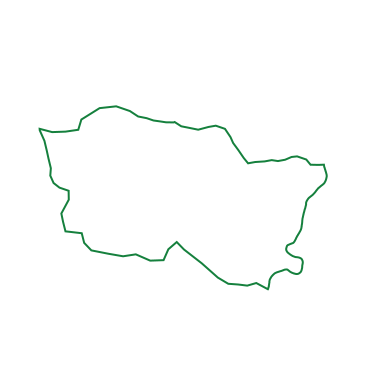 the district of Kyonghung, Hamgyŏng-bukto, North Korea, rotated 66°
{"feature_id": "82179303B15741079373395", "entity_name": "Kyonghung", "entity_type": "district", "adm_level": 2, "iso_a3": "PRK", "parent_name": "North Korea", "parent_adm1": "Hamgyŏng-bukto", "projection": "equal_earth", "projection_center": [130.331, 42.503], "detail": "fine", "context": "isolated", "style": "outline", "palette": "green", "viewbox_px": 384, "rotation_deg": 66, "n_neighbors": 0, "source": "geoboundaries", "source_scale": "gbopen_adm2", "svg_char_len": 5196}
<svg xmlns="http://www.w3.org/2000/svg" viewBox="0 0 384 384"><g transform="rotate(66 192 192)"><path d="M178.3,320.5L184.8,309.5L194.6,311.2L204.4,307.7L214.4,293.5L222.7,281.1L226.1,268.7L236.5,259.2L237.7,258.1L242.7,245.7L234.7,236.9L231.5,226.3L241.3,222.7L261.1,212.1L280.7,203.2L290.6,196.2L295.3,187.4L300.0,179.6L301.3,170.3L311.7,162.2L311.5,161.9L311.1,161.6L310.7,161.4L310.4,161.0L309.9,160.6L309.5,160.2L309.0,160.0L308.7,159.8L308.3,159.5L307.8,159.2L307.4,158.9L306.8,158.6L306.3,158.2L305.8,157.9L305.2,157.7L304.7,157.3L304.1,156.9L303.6,156.5L303.2,156.0L302.9,155.5L302.5,155.1L302.2,154.6L301.8,154.1L301.5,153.6L301.3,153.1L301.1,152.6L300.8,152.1L300.6,151.4L300.4,150.9L300.2,150.3L300.1,150.0L300.0,149.5L299.9,149.1L299.9,148.6L299.9,148.2L299.9,147.8L299.9,147.3L299.9,146.9L300.0,146.5L300.0,146.0L300.1,145.5L300.1,145.1L300.2,144.6L300.2,144.1L300.3,143.4L300.4,142.8L300.5,142.1L300.5,141.4L300.6,140.8L300.5,140.4L300.6,139.9L300.6,139.5L300.6,139.1L300.7,138.7L300.8,138.3L301.0,137.8L301.1,137.5L301.3,137.0L301.5,136.7L301.7,136.4L302.0,136.2L302.4,136.0L302.9,135.8L303.5,135.4L304.2,135.1L304.5,134.9L304.9,134.7L305.3,134.4L305.6,134.1L306.0,133.9L306.3,133.6L306.6,133.3L307.0,132.9L307.3,132.6L307.7,132.3L308.0,131.8L308.3,131.4L308.6,131.2L308.8,130.9L309.0,130.5L309.3,130.2L309.4,129.9L309.6,129.5L309.7,129.2L309.8,128.8L309.9,128.5L309.9,128.1L309.9,127.8L309.9,127.4L309.8,127.0L309.8,126.7L309.6,126.3L309.5,125.8L309.3,125.2L309.0,124.9L308.7,124.4L308.4,124.1L308.1,123.8L307.6,123.4L307.2,123.1L306.8,122.8L306.5,122.6L306.2,122.3L305.8,122.1L305.3,121.8L304.8,121.6L304.5,121.4L304.1,121.2L303.7,121.0L303.4,120.7L302.9,120.4L302.6,120.1L302.3,120.0L301.9,119.7L301.5,119.5L301.1,119.3L300.7,119.2L300.3,119.1L299.9,119.0L299.4,119.0L299.0,119.0L298.5,119.0L298.0,119.1L297.8,119.1L297.3,119.3L297.0,119.5L296.6,119.8L296.2,120.1L295.9,120.4L295.5,120.8L295.2,121.2L294.9,121.6L294.7,121.9L294.5,122.2L294.2,122.7L293.9,123.2L293.8,123.5L293.5,123.9L293.2,124.3L292.8,124.7L292.5,125.0L292.1,125.4L291.7,125.8L291.3,126.2L290.8,126.5L290.4,126.8L290.0,127.1L289.6,127.3L289.2,127.6L288.5,128.0L287.9,128.3L287.2,128.7L286.9,128.8L286.5,129.0L286.2,129.2L285.7,129.3L285.3,129.4L284.8,129.5L284.4,129.5L283.9,129.5L283.5,129.5L283.2,129.5L282.9,129.3L282.5,129.2L282.3,129.1L281.9,128.9L281.6,128.6L281.3,128.4L281.0,128.1L280.7,127.9L280.4,127.6L280.2,127.4L279.9,127.1L279.7,126.8L279.6,126.5L279.5,126.2L279.5,125.8L279.5,125.3L279.5,124.8L279.5,124.4L279.5,123.9L279.5,123.4L279.5,122.8L279.6,122.4L279.6,121.9L279.6,121.3L279.7,120.9L279.7,120.4L279.5,119.7L279.4,119.5L279.2,119.1L279.0,118.8L278.8,118.4L278.4,117.9L278.1,117.5L277.7,117.0L277.3,116.5L277.0,116.1L276.7,115.8L276.2,115.3L275.9,114.8L275.6,114.5L275.2,114.0L274.9,113.6L274.6,113.0L274.2,112.6L273.8,112.0L273.5,111.5L273.0,110.8L272.6,110.3L272.3,109.9L271.9,109.3L271.4,108.7L271.1,108.3L270.8,108.0L270.4,107.6L270.0,107.2L269.6,106.9L269.1,106.5L268.3,106.1L267.9,105.7L267.2,105.4L266.6,105.0L266.1,104.6L265.6,104.3L264.9,103.9L264.4,103.6L263.6,103.2L263.0,102.9L262.5,102.6L262.0,102.3L261.5,102.0L261.0,101.7L260.3,101.1L259.7,100.7L259.3,100.4L258.8,100.0L258.2,99.6L257.9,99.3L257.6,99.2L257.2,98.8L256.7,98.5L256.4,98.2L255.9,97.8L255.6,97.5L255.3,97.3L254.8,96.9L254.4,96.6L254.0,96.3L253.6,96.0L253.4,95.7L253.0,95.3L252.6,95.0L252.2,94.7L251.8,94.4L251.5,94.2L251.2,93.9L250.9,93.7L250.5,93.4L250.1,93.0L249.8,92.9L249.3,92.6L248.9,92.5L248.5,92.3L248.2,92.1L247.8,91.8L247.4,91.4L247.0,91.0L246.8,90.7L246.5,90.3L246.3,90.0L246.0,89.6L245.8,89.2L245.5,88.8L245.3,88.5L245.1,87.9L244.9,87.6L244.8,87.2L244.7,86.8L244.6,86.4L244.5,85.9L244.3,85.4L244.2,84.8L244.1,84.4L244.0,84.1L243.9,83.7L243.8,83.2L243.6,82.7L243.5,82.4L243.3,81.9L243.1,81.5L242.9,81.0L242.7,80.5L242.5,80.1L242.2,79.5L242.0,79.1L241.7,78.6L241.4,78.1L241.2,77.7L240.9,77.2L240.7,76.6L240.4,76.1L240.1,75.6L239.9,75.2L239.8,74.6L239.6,74.0L239.4,73.4L239.3,72.9L239.2,72.6L239.1,72.2L238.9,71.7L238.8,71.3L238.7,70.8L238.6,70.3L238.5,69.9L238.4,69.5L238.2,69.0L238.1,68.5L237.9,68.0L237.7,67.6L237.4,67.1L237.1,66.8L236.8,66.3L236.6,66.0L236.3,65.7L235.9,65.3L235.7,65.0L235.3,64.7L234.9,64.3L234.6,64.1L234.3,63.8L233.7,63.4L233.3,63.1L232.9,62.8L232.6,62.6L232.3,62.5L231.8,62.3L231.4,62.1L230.9,62.0L230.4,61.9L229.8,61.8L229.2,61.7L228.6,61.6L228.0,61.5L227.4,61.5L226.9,61.4L226.4,61.3L225.9,61.3L225.3,61.2L224.8,61.2L224.4,61.1L224.0,61.0L223.5,61.0L223.0,61.0L222.7,60.9L222.2,60.8L221.8,60.7L221.4,60.6L221.0,60.5L220.7,60.4L218.6,65.6L215.3,72.6L208.8,74.4L202.2,81.5L200.5,86.8L200.4,93.8L198.7,100.9L195.3,106.2L193.6,113.2L190.3,122.1L188.6,129.1L182.0,130.9L172.2,132.7L164.0,134.5L157.5,134.5L147.7,136.2L141.1,143.3L139.3,150.4L137.6,161.0L132.6,168.0L127.6,175.1L121.0,179.4L121.0,180.4L117.7,187.5L114.3,192.8L111.0,198.1L106.1,203.4L101.1,210.5L92.8,215.8L82.9,226.4L77.8,242.3L79.3,252.9L80.8,263.6L88.9,270.6L85.4,283.0L80.4,295.4L72.3,305.5L73.7,306.0L85.2,306.0L94.9,307.8L103.1,309.5L112.9,311.3L119.4,314.8L127.5,314.8L134.1,311.3L140.7,304.2L148.9,307.7L158.5,320.1L166.7,321.9L176.5,323.6L178.3,320.5Z" fill="none" stroke="#15803d" stroke-width="2"/></g></svg>